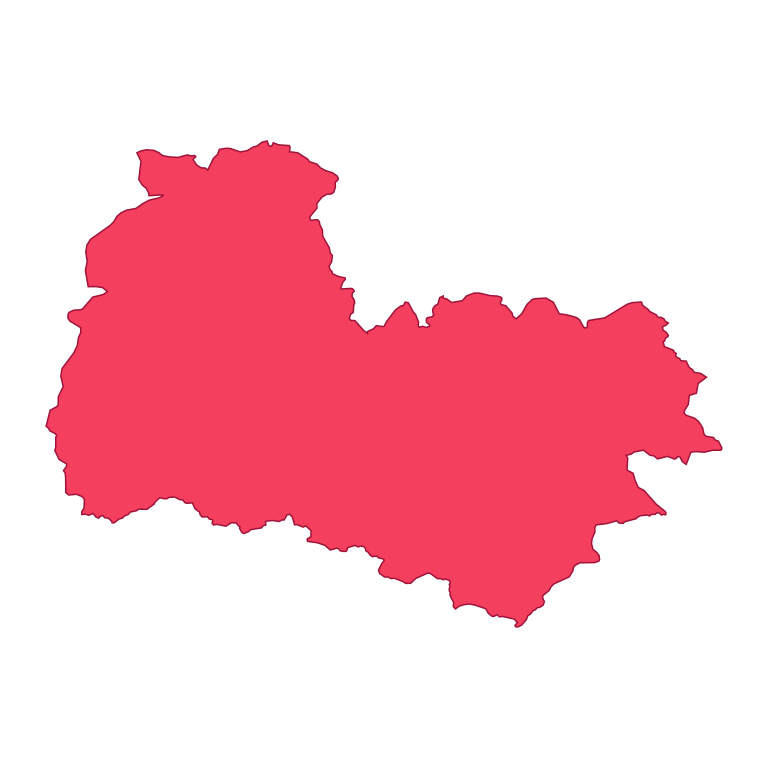 the district of Mogovolas, Nampula, Mozambique
{"feature_id": "85939544B32350532447413", "entity_name": "Mogovolas", "entity_type": "district", "adm_level": 2, "iso_a3": "MOZ", "parent_name": "Mozambique", "parent_adm1": "Nampula", "projection": "mercator", "projection_center": [39.302, -15.724], "detail": "fine", "context": "isolated", "style": "filled", "palette": "rose", "viewbox_px": 768, "rotation_deg": 0, "n_neighbors": 0, "source": "geoboundaries", "source_scale": "gbopen_adm2", "svg_char_len": 6078}
<svg xmlns="http://www.w3.org/2000/svg" viewBox="0 0 768 768"><path d="M706.5,377.2L700.6,373.4L694.1,372.3L692.5,369.6L689.1,367.3L686.2,361.1L680.8,360.7L679.7,358.6L676.4,357.1L675.7,355.4L676.2,353.4L673.8,351.6L673.4,350.2L664.4,346.6L663.2,341.8L664.7,340.8L665.4,338.3L668.0,336.5L668.3,335.3L666.2,332.3L663.3,330.3L662.4,327.7L663.5,326.1L665.5,325.6L668.3,323.0L665.3,321.3L663.9,318.8L660.9,317.3L657.8,317.3L656.4,314.9L649.8,311.5L647.9,309.2L642.6,305.4L641.5,302.0L632.4,302.6L627.3,304.2L604.7,317.9L588.5,320.5L587.4,322.8L587.3,327.1L585.4,328.1L583.5,326.9L579.5,319.7L576.5,317.5L567.3,314.9L559.3,313.8L553.4,302.3L546.2,298.1L535.5,298.6L532.2,299.5L527.0,304.4L522.0,313.4L516.3,318.8L512.9,316.4L512.1,313.1L505.8,305.7L501.2,304.6L500.3,302.9L501.9,299.7L501.6,297.5L497.5,296.1L490.0,295.6L479.3,293.1L473.9,293.1L466.4,296.0L462.3,300.7L451.5,302.5L446.9,299.0L443.1,298.1L443.2,296.0L439.7,297.6L437.9,304.0L434.9,305.8L433.1,308.2L432.6,310.4L433.5,315.5L431.9,316.9L427.5,317.6L426.3,319.0L426.4,322.1L429.6,324.9L429.6,326.3L425.9,327.4L422.6,326.3L419.3,327.3L418.1,325.0L418.7,322.5L415.6,314.6L413.1,311.6L408.3,302.7L405.2,302.1L403.3,305.6L400.7,306.0L395.3,310.1L386.4,321.8L384.4,326.0L383.0,326.6L376.2,325.7L373.5,328.8L367.5,331.5L367.4,333.4L363.8,330.6L354.9,320.6L351.0,320.4L349.3,318.9L350.5,314.5L353.3,312.3L353.7,305.8L354.7,303.0L354.1,299.8L351.9,296.2L352.5,293.0L354.2,291.2L353.9,290.2L352.3,288.6L350.5,288.4L341.1,289.0L340.7,288.5L342.6,282.6L345.3,279.2L345.1,277.9L338.5,276.5L332.3,273.6L332.1,271.8L330.0,269.4L329.1,266.3L331.6,261.7L332.4,255.4L330.3,253.2L329.3,247.8L322.7,236.2L322.4,229.8L319.9,224.9L319.4,221.8L317.6,219.7L310.8,220.2L309.7,218.7L310.2,216.4L317.0,208.1L316.8,204.2L317.5,202.7L321.9,197.2L327.0,194.2L331.1,194.0L333.8,192.3L335.4,187.1L335.2,182.4L337.7,180.2L338.4,178.6L337.2,176.1L332.7,172.9L325.4,170.5L320.5,167.9L317.1,164.2L309.6,161.7L307.6,159.1L297.6,152.7L289.5,151.8L290.1,147.3L289.3,145.6L278.4,144.8L273.3,142.8L272.2,145.3L270.3,146.5L268.7,145.3L267.1,141.0L262.2,142.1L257.0,146.0L253.1,147.1L247.0,150.7L240.3,151.9L229.9,148.4L225.8,148.3L219.4,149.4L217.4,154.6L213.3,158.5L207.8,170.1L205.6,168.1L201.0,167.8L196.7,164.9L193.2,159.9L193.4,158.8L195.8,156.7L194.7,155.6L190.3,155.8L187.4,154.9L178.1,157.4L169.6,156.9L162.7,155.7L159.0,152.7L153.7,150.3L146.1,149.8L140.7,151.0L136.9,152.8L141.0,161.3L138.8,179.5L142.1,184.8L146.4,188.6L148.7,193.1L149.0,195.7L162.7,194.8L163.2,195.5L159.1,197.8L149.4,200.1L143.2,203.3L136.0,208.4L126.4,210.2L121.0,212.8L116.9,216.4L113.6,222.0L110.1,225.4L90.3,239.5L86.9,245.2L85.8,251.9L87.2,261.5L85.4,270.6L88.2,286.7L96.0,286.6L102.6,287.6L107.4,291.6L103.0,294.6L92.7,297.1L82.6,308.9L80.5,309.8L73.7,310.2L69.0,312.4L68.1,314.2L67.9,318.2L69.9,321.1L80.6,327.6L80.8,332.4L78.5,337.6L77.4,345.3L73.8,352.9L62.1,368.5L60.8,376.1L63.2,386.5L58.3,396.8L58.2,404.7L57.0,406.5L50.1,410.3L46.1,426.3L47.9,427.6L50.1,431.0L55.0,433.5L56.6,435.1L55.8,437.4L55.7,447.6L54.8,450.4L59.2,459.6L66.5,463.8L66.6,466.1L63.5,470.6L65.1,473.0L65.6,477.2L65.8,492.6L68.7,495.0L76.5,494.3L82.2,496.6L84.4,499.5L84.1,507.9L81.7,511.9L81.8,514.5L85.3,514.2L88.8,515.2L93.0,513.5L95.6,516.7L98.6,518.2L100.3,516.3L103.1,515.6L104.5,517.7L108.2,518.1L111.7,521.3L112.2,522.9L114.2,522.8L118.9,519.1L122.5,518.0L124.5,515.9L128.2,514.5L130.5,512.0L136.2,510.8L138.7,509.2L147.0,509.3L154.2,504.0L155.3,501.8L159.2,498.3L161.2,497.8L163.7,498.8L167.4,498.6L168.8,497.4L174.6,497.0L179.9,499.7L182.7,499.8L184.7,502.5L186.5,503.3L192.4,502.9L195.0,508.8L199.7,512.3L200.0,514.5L202.1,517.0L207.5,516.8L209.5,519.2L212.0,519.5L212.8,520.4L212.1,523.3L213.4,524.9L217.1,524.4L225.9,526.2L231.4,522.8L236.7,523.0L237.5,524.8L240.0,527.0L239.5,528.1L241.2,531.5L243.1,533.3L244.4,533.4L248.7,531.5L250.8,529.6L261.6,527.9L262.8,526.0L265.9,524.9L265.5,521.6L266.1,521.2L272.4,520.5L279.1,521.5L282.1,519.9L284.1,520.0L286.9,515.0L289.7,514.3L292.3,517.0L294.5,524.8L296.8,524.6L303.2,527.1L305.7,525.9L311.0,530.5L311.0,536.7L307.2,538.9L307.5,541.4L317.5,542.8L324.8,545.3L330.3,550.0L336.9,548.2L339.1,549.1L340.1,550.8L343.0,551.4L345.8,551.4L346.7,550.8L347.8,547.6L355.0,545.4L358.2,546.9L360.6,546.0L363.8,546.7L365.3,548.2L365.9,550.9L368.1,552.2L370.3,555.3L372.5,556.6L376.7,556.1L378.6,557.9L383.7,559.1L384.0,561.0L382.1,562.9L378.5,570.1L379.6,573.5L384.6,577.0L388.2,577.1L391.1,578.6L394.1,578.2L403.3,581.7L405.6,583.4L410.7,583.3L415.8,578.4L427.7,573.1L430.2,573.4L437.5,578.7L440.6,578.6L443.0,579.7L446.4,579.2L450.1,581.0L450.1,583.5L449.3,584.3L449.9,587.0L449.2,588.6L449.4,591.3L450.5,592.9L450.0,594.6L450.6,596.7L453.6,602.5L453.3,606.5L455.4,609.0L459.4,606.0L464.4,604.6L469.3,604.0L474.9,605.1L485.7,608.7L488.4,613.4L492.2,616.4L494.4,616.2L496.9,614.6L499.3,616.8L502.7,616.5L514.1,619.0L517.3,622.5L515.0,625.5L515.7,626.7L517.7,627.0L521.6,625.1L526.5,619.4L527.8,615.7L530.5,614.1L533.0,610.6L535.3,609.8L537.4,607.6L539.7,607.4L543.1,605.2L544.4,601.6L542.9,598.8L542.6,595.8L549.1,590.5L551.1,586.6L554.1,583.8L569.2,576.9L572.9,570.9L573.4,567.5L575.2,565.3L579.8,562.8L594.4,562.6L598.8,561.2L599.6,559.7L599.1,555.5L596.7,552.3L593.0,549.4L591.5,543.6L592.2,538.3L594.9,532.3L594.8,527.7L596.1,524.9L607.3,523.5L616.7,520.8L619.1,523.1L623.4,523.3L624.5,521.8L636.2,518.7L637.6,517.1L640.6,515.7L647.3,515.0L649.6,516.0L651.4,514.4L655.2,514.3L657.0,512.7L659.2,513.0L661.5,515.1L663.1,514.3L665.6,514.8L666.0,512.9L665.1,511.4L656.3,504.3L643.9,490.3L638.3,487.5L635.1,480.4L633.1,473.3L627.0,470.1L627.7,457.9L626.1,455.4L631.0,454.2L634.1,452.0L643.4,450.2L650.1,455.3L654.0,455.9L657.5,458.9L667.6,456.4L674.5,459.1L676.3,458.4L677.7,456.6L679.8,456.8L682.5,461.8L686.2,464.4L690.9,452.2L695.4,451.6L704.4,452.2L712.4,450.3L721.0,450.2L721.9,448.1L718.5,441.2L715.1,439.9L713.5,437.5L706.9,436.5L705.0,435.5L703.8,433.5L702.7,427.9L698.7,421.6L694.6,418.2L685.8,415.1L684.1,413.0L684.6,410.4L688.3,404.5L689.3,395.4L696.4,393.2L698.2,383.5L706.5,377.2Z" fill="#f43f5e" stroke="#9f1239" stroke-width="1.5"/></svg>